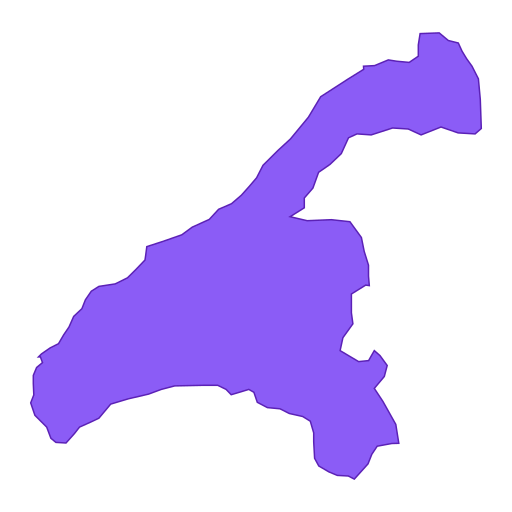 the district of Gislaved, Jönköping, Sweden
{"feature_id": "70781695B29714549657152", "entity_name": "Gislaved", "entity_type": "district", "adm_level": 2, "iso_a3": "SWE", "parent_name": "Sweden", "parent_adm1": "Jönköping", "projection": "natural_earth1", "projection_center": [13.556, 57.316], "detail": "fine", "context": "isolated", "style": "filled", "palette": "violet", "viewbox_px": 512, "rotation_deg": 0, "n_neighbors": 0, "source": "geoboundaries", "source_scale": "gbopen_adm2", "svg_char_len": 1741}
<svg xmlns="http://www.w3.org/2000/svg" viewBox="0 0 512 512"><path d="M354.3,479.1L368.0,463.9L371.8,454.3L377.2,446.2L391.8,443.5L398.8,443.3L395.8,424.4L382.9,401.4L374.3,388.4L384.3,376.5L387.2,365.5L380.0,355.6L374.3,350.6L368.6,360.6L358.6,361.6L340.1,350.6L342.9,337.7L352.9,323.8L351.4,312.8L351.4,294.0L365.7,285.1L369.3,285.6L368.5,276.1L368.5,265.2L364.2,251.4L361.4,237.5L349.9,221.7L331.4,219.7L307.2,220.7L290.1,216.7L304.3,207.8L304.3,198.0L312.9,188.1L318.6,172.3L330.0,164.4L341.3,153.6L348.5,137.8L357.0,133.9L371.2,134.9L392.6,128.0L408.2,129.0L421.1,134.9L441.0,127.0L458.1,132.9L475.1,133.9L481.3,128.5L480.3,99.5L478.4,78.8L472.0,66.2L466.6,58.7L462.0,51.1L458.3,43.0L448.3,40.5L439.2,32.9L420.1,33.6L418.3,44.9L418.3,56.2L409.2,62.4L396.5,61.2L388.3,59.9L374.6,65.6L363.5,66.2L363.7,69.3L348.1,79.0L320.7,96.7L308.4,117.2L290.4,139.0L278.1,150.3L263.0,165.3L256.6,177.8L249.0,186.7L241.4,195.2L231.5,203.7L218.6,209.3L209.3,219.4L192.3,227.1L181.8,234.8L162.0,241.7L146.8,246.6L145.7,255.2L145.0,260.0L135.7,269.7L127.5,277.8L115.2,283.9L98.9,286.4L91.3,291.2L85.4,299.8L81.9,308.7L73.7,316.4L69.0,327.0L63.7,334.8L58.5,343.7L50.3,347.8L41.5,353.9L38.5,356.9L40.4,356.9L42.5,362.6L36.6,367.5L33.3,375.4L33.3,383.6L33.8,394.9L31.5,400.8L30.7,402.9L34.9,415.3L46.7,427.1L50.9,438.3L55.9,442.4L66.0,443.0L74.5,433.5L79.5,427.1L91.3,421.8L98.9,418.2L110.7,404.1L128.4,398.8L148.6,394.1L161.3,389.4L174.7,385.9L203.4,385.3L217.7,385.3L226.1,389.4L231.2,394.7L241.3,391.7L248.8,389.4L253.9,392.3L257.3,402.3L267.4,407.6L280.0,408.8L289.3,413.5L302.7,416.5L310.3,421.2L313.7,432.9L313.7,441.8L314.6,458.3L318.8,466.0L328.9,471.9L337.3,475.4L348.3,476.0L354.3,479.1Z" fill="#8b5cf6" stroke="#5b21b6" stroke-width="1.5"/></svg>